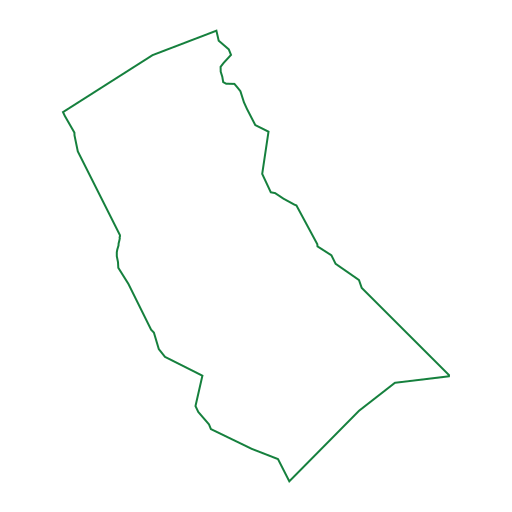 outline of Saki East, Oyo, Nigeria
{"feature_id": "59680162B31759462460359", "entity_name": "Saki East", "entity_type": "district", "adm_level": 2, "iso_a3": "NGA", "parent_name": "Nigeria", "parent_adm1": "Oyo", "projection": "mercator", "projection_center": [3.599, 8.694], "detail": "fine", "context": "isolated", "style": "outline", "palette": "green", "viewbox_px": 512, "rotation_deg": 0, "n_neighbors": 0, "source": "geoboundaries", "source_scale": "gbopen_adm2", "svg_char_len": 911}
<svg xmlns="http://www.w3.org/2000/svg" viewBox="0 0 512 512"><path d="M63.0,112.1L64.8,115.9L74.4,132.6L74.5,135.4L77.8,151.4L119.9,235.1L120.0,236.1L119.6,237.3L119.8,238.2L119.4,240.3L118.6,243.5L118.5,245.5L117.3,249.5L116.8,252.2L116.8,256.2L118.0,262.2L118.3,267.8L128.4,283.9L151.1,329.7L153.9,332.6L158.8,349.1L165.0,356.9L202.4,375.7L195.7,405.1L195.5,406.1L198.3,412.0L209.0,424.4L210.9,429.1L251.8,448.9L278.0,459.1L289.3,481.3L359.1,410.7L394.9,382.8L448.9,376.3L449.0,375.1L361.7,287.9L359.0,280.1L358.2,279.5L335.6,263.8L331.4,255.3L317.5,246.4L317.3,244.2L296.4,205.4L294.5,204.7L283.5,198.7L275.1,193.1L270.8,192.3L262.2,173.9L268.5,131.7L255.3,125.1L246.9,108.8L243.9,102.2L240.4,91.2L237.7,87.8L234.4,83.9L226.1,83.7L223.2,82.1L222.3,76.8L220.7,71.7L220.6,66.8L223.8,62.7L231.0,54.9L228.8,49.4L218.7,40.7L216.4,30.7L152.6,55.1L63.0,112.1Z" fill="none" stroke="#15803d" stroke-width="2"/></svg>